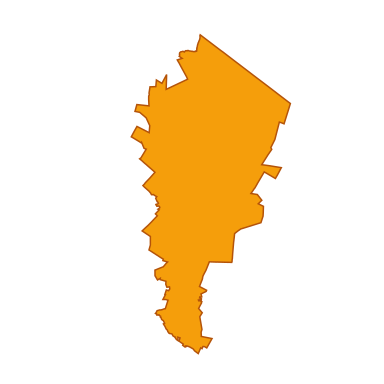 the district of Altar, Sonora, Mexico, rotated 17°
{"feature_id": "50627088B37635840780523", "entity_name": "Altar", "entity_type": "district", "adm_level": 2, "iso_a3": "MEX", "parent_name": "Mexico", "parent_adm1": "Sonora", "projection": "mercator", "projection_center": [-111.985, 31.095], "detail": "fine", "context": "isolated", "style": "filled", "palette": "amber", "viewbox_px": 384, "rotation_deg": 17, "n_neighbors": 0, "source": "geoboundaries", "source_scale": "gbopen_adm2", "svg_char_len": 5419}
<svg xmlns="http://www.w3.org/2000/svg" viewBox="0 0 384 384"><g transform="rotate(17 192 192)"><path d="M155.7,243.8L156.3,244.0L165.2,246.7L167.7,254.9L167.8,260.0L181.4,263.9L184.2,264.6L184.2,266.1L189.1,266.1L188.1,267.9L186.4,271.9L182.5,275.0L180.8,276.4L180.2,276.9L179.4,277.5L180.1,279.7L181.0,282.6L181.2,282.9L181.2,283.0L182.1,283.8L183.2,284.8L183.9,285.5L184.8,286.2L185.7,285.1L186.9,283.8L187.0,284.5L187.2,285.1L193.2,285.0L193.9,287.9L195.8,290.4L197.2,289.8L198.2,289.3L198.6,290.0L198.9,290.8L199.1,291.2L198.8,292.1L198.5,293.2L196.1,293.2L196.0,298.0L196.6,298.0L196.5,298.4L195.6,303.3L198.4,302.5L200.7,302.5L200.6,311.4L199.9,311.7L199.0,312.3L198.0,313.1L196.8,313.8L196.4,314.0L195.6,314.2L193.3,315.7L192.9,318.1L192.5,318.8L193.0,319.0L193.3,318.9L193.7,318.8L193.8,318.9L194.2,319.7L194.4,320.0L194.9,319.8L195.2,319.6L195.5,319.5L195.8,319.5L196.0,319.5L196.0,319.4L196.1,319.2L196.4,319.1L196.7,319.6L198.3,320.0L198.3,320.9L199.0,321.2L199.4,321.5L199.6,321.9L199.9,322.4L200.4,322.8L201.0,323.1L202.2,323.4L204.2,325.6L203.2,326.5L205.4,328.4L205.9,328.9L206.6,329.8L207.1,330.2L207.5,330.7L208.7,331.2L209.9,332.8L210.6,333.1L211.3,333.8L211.7,333.8L212.0,333.9L212.3,333.8L214.2,333.6L214.8,333.9L215.0,334.3L216.1,335.3L216.5,335.3L217.4,335.6L217.6,335.7L218.3,335.7L218.2,336.0L220.2,337.6L221.7,338.1L221.4,336.3L220.9,335.0L223.2,335.0L223.2,338.5L228.1,340.0L227.9,341.3L230.3,342.2L230.7,342.3L230.9,341.2L231.7,341.4L231.9,340.8L232.0,340.8L232.1,340.7L234.8,340.8L238.9,341.7L239.4,342.0L240.8,343.1L241.3,343.3L245.2,344.7L245.5,342.2L245.6,341.1L245.9,338.5L247.4,338.9L247.6,336.6L249.1,336.2L251.7,336.8L254.0,326.3L243.1,327.4L242.9,326.6L242.3,325.0L241.7,323.3L241.7,320.5L235.9,309.0L236.3,307.5L237.1,304.5L232.4,301.5L232.8,299.1L233.6,295.1L232.9,294.3L233.3,293.9L232.4,293.4L230.2,294.1L229.7,293.4L231.4,292.6L232.4,292.5L232.3,291.5L232.3,291.4L232.1,291.2L231.9,291.1L230.2,291.1L230.2,290.0L230.8,290.0L231.5,289.7L232.0,289.4L231.4,288.4L230.4,286.9L234.6,282.9L234.7,281.7L226.8,280.2L226.9,278.6L227.0,277.1L227.2,274.6L227.4,272.6L227.3,271.6L227.3,271.2L227.1,270.4L227.1,269.5L227.1,268.8L227.2,268.3L227.5,266.5L228.1,263.5L228.2,263.0L228.3,262.0L229.0,253.7L235.0,252.1L235.6,251.9L235.8,251.9L237.2,251.4L237.8,251.3L239.1,250.9L244.2,249.5L249.1,248.1L250.6,247.7L250.6,246.9L250.6,246.7L250.1,244.7L250.1,244.4L250.1,244.1L248.9,239.0L246.5,227.9L246.2,226.1L245.6,222.8L244.9,219.3L245.6,218.3L245.9,217.9L246.0,217.6L246.2,217.4L247.4,215.7L247.8,215.1L248.4,214.5L249.3,213.2L266.9,201.2L267.0,194.3L266.2,191.0L264.5,184.8L258.8,183.9L261.2,179.5L255.2,175.3L248.8,176.2L249.4,174.4L250.5,170.9L250.6,170.4L250.9,170.0L251.9,165.7L252.1,164.6L255.2,151.7L257.9,152.3L267.8,154.7L268.7,150.9L270.3,142.6L257.9,144.3L250.7,145.5L253.8,134.2L255.8,127.9L254.4,126.5L255.9,117.6L255.1,99.6L257.9,99.7L260.1,99.9L260.2,84.0L260.2,78.6L257.7,77.7L238.4,70.5L231.4,67.9L216.7,62.5L193.5,53.9L179.9,48.8L179.7,48.8L175.3,47.2L153.9,39.3L153.9,40.4L154.1,40.7L154.4,41.4L154.5,41.9L154.7,43.2L154.7,43.9L154.7,44.1L154.7,44.4L154.7,44.6L154.6,45.1L154.5,45.8L154.5,46.0L154.5,46.5L154.4,47.1L154.4,47.3L154.3,47.6L154.4,48.1L154.3,48.3L154.4,48.8L154.3,49.2L154.3,49.3L154.3,49.6L154.4,49.8L154.4,50.4L154.4,51.0L154.5,51.3L154.6,52.0L154.6,52.3L154.5,52.6L154.5,52.9L154.5,53.1L154.8,53.4L154.8,53.5L154.8,54.1L154.9,54.3L155.0,54.5L155.0,54.9L155.0,55.0L155.3,55.8L155.1,56.1L154.8,56.3L154.7,56.3L154.6,56.2L154.4,56.1L154.3,56.3L154.1,56.4L154.0,56.7L153.9,56.7L153.9,56.8L153.6,56.9L153.2,57.1L152.9,57.1L152.6,57.2L152.4,57.3L152.2,57.3L151.9,57.4L151.7,57.4L151.4,57.3L151.2,57.4L150.8,57.4L150.7,57.5L150.2,57.7L149.9,57.6L149.4,57.7L149.1,57.7L148.9,57.8L148.5,57.9L148.4,57.9L147.4,57.8L147.0,57.8L146.7,57.9L146.5,58.0L146.4,58.0L146.0,58.5L145.2,58.5L144.7,58.7L144.5,59.0L144.1,59.4L144.0,59.9L143.8,60.2L143.8,60.3L143.6,60.3L143.2,60.3L142.9,60.2L142.5,60.1L142.2,60.1L141.7,60.4L141.2,60.8L140.2,61.3L140.1,61.5L139.7,62.1L139.5,62.5L139.6,63.0L139.6,63.5L139.7,64.0L139.8,64.1L140.1,64.3L140.2,64.5L140.2,65.0L140.2,65.3L140.2,65.7L140.1,66.0L143.5,67.1L139.3,70.0L141.2,71.8L141.4,71.9L145.1,75.6L153.3,83.6L154.8,85.4L154.2,86.0L137.3,101.4L133.4,87.1L131.5,96.9L125.2,95.3L126.6,101.8L123.4,102.9L123.2,103.0L121.1,103.7L122.0,110.1L122.2,110.3L122.3,110.5L122.7,111.6L122.7,111.9L122.7,112.0L122.5,112.8L123.5,116.2L125.7,122.2L113.7,124.5L113.9,131.6L118.7,131.1L126.5,134.5L132.2,140.9L133.7,147.8L123.2,145.9L120.2,145.4L119.0,150.9L117.8,157.0L120.1,157.5L121.6,157.9L126.4,159.1L129.2,159.9L129.3,159.3L133.4,164.3L135.7,164.4L133.2,174.3L132.2,175.6L135.1,176.8L136.9,177.7L138.9,178.6L140.4,179.2L141.4,179.7L150.3,183.7L150.8,184.0L147.5,191.2L145.4,195.3L144.5,197.2L144.2,198.3L143.7,199.2L143.2,200.2L145.0,201.2L150.5,203.7L151.3,204.2L152.8,205.2L154.0,206.4L154.6,206.3L154.9,206.2L155.0,206.1L155.9,205.7L156.0,205.7L156.2,205.9L159.0,206.7L159.3,206.6L159.7,206.7L159.1,208.6L161.5,211.4L161.8,211.3L163.2,212.6L162.6,213.6L162.1,213.8L161.2,214.3L161.1,214.7L161.4,214.9L162.0,215.2L162.6,215.9L163.0,215.7L163.6,215.5L164.0,215.2L164.7,215.2L165.1,215.4L165.3,215.6L165.8,216.4L164.9,217.9L164.9,218.0L164.5,218.4L165.8,218.7L163.4,223.6L165.4,224.7L165.8,224.9L163.1,230.2L162.3,231.9L162.1,232.3L160.1,236.1L159.8,236.7L158.0,239.7L155.7,243.8Z" fill="#f59e0b" stroke="#b45309" stroke-width="1.5"/></g></svg>